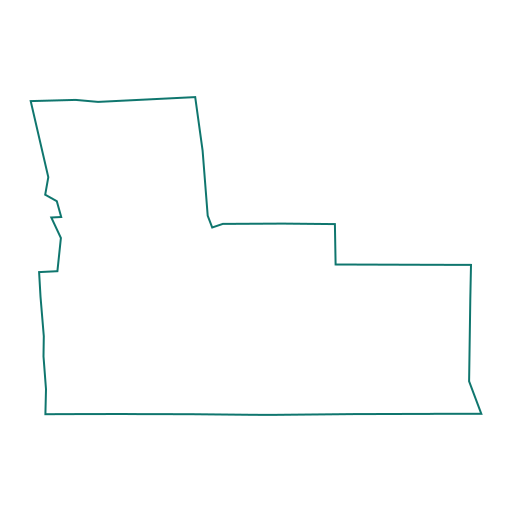 Broome, New York, United States of America (Robinson projection)
{"feature_id": "52423323B9880923188438", "entity_name": "Broome", "entity_type": "district", "adm_level": 2, "iso_a3": "USA", "parent_name": "United States of America", "parent_adm1": "New York", "projection": "robinson", "projection_center": [-75.837, 42.207], "detail": "fine", "context": "isolated", "style": "outline", "palette": "teal", "viewbox_px": 512, "rotation_deg": 0, "n_neighbors": 0, "source": "geoboundaries", "source_scale": "gbopen_adm2", "svg_char_len": 635}
<svg xmlns="http://www.w3.org/2000/svg" viewBox="0 0 512 512"><path d="M30.7,101.1L48.3,177.2L45.2,194.7L56.8,201.2L61.2,217.0L51.3,217.5L60.9,238.0L57.4,271.2L39.1,272.1L40.5,296.6L43.8,336.3L43.5,356.4L46.0,389.3L45.4,414.2L73.7,414.1L121.4,414.0L123.2,414.0L136.7,414.1L191.1,414.2L251.4,414.8L270.7,414.9L352.4,414.1L387.8,414.0L430.8,413.9L431.1,413.9L434.9,413.8L460.2,413.8L462.9,413.8L481.3,413.8L469.1,381.3L470.3,298.9L471.0,264.9L430.6,264.8L335.6,264.5L334.9,224.1L282.9,223.6L222.8,223.9L212.2,227.5L207.7,215.7L202.6,150.6L195.2,97.1L98.1,101.9L75.6,99.9L30.7,101.1Z" fill="none" stroke="#0f766e" stroke-width="2"/></svg>